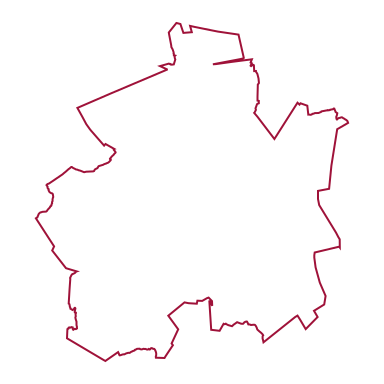 the district of San Pedro del Gallo, Durango, Mexico
{"feature_id": "50627088B85751357503772", "entity_name": "San Pedro del Gallo", "entity_type": "district", "adm_level": 2, "iso_a3": "MEX", "parent_name": "Mexico", "parent_adm1": "Durango", "projection": "robinson", "projection_center": [-104.46, 25.641], "detail": "fine", "context": "isolated", "style": "outline", "palette": "rose", "viewbox_px": 384, "rotation_deg": 0, "n_neighbors": 0, "source": "geoboundaries", "source_scale": "gbopen_adm2", "svg_char_len": 5813}
<svg xmlns="http://www.w3.org/2000/svg" viewBox="0 0 384 384"><path d="M35.9,218.3L54.1,246.4L52.2,250.5L66.0,268.2L76.7,271.4L76.1,271.6L75.2,272.7L74.8,273.0L73.3,273.8L72.3,274.1L71.4,275.2L70.5,277.1L70.2,277.6L70.1,278.2L70.3,278.8L69.6,288.6L68.7,303.6L69.3,304.0L69.5,304.5L69.7,305.6L69.7,305.9L69.8,306.2L69.8,306.5L69.9,307.0L70.2,307.3L70.4,308.2L70.4,308.7L71.7,309.4L72.2,309.8L72.6,310.0L73.8,309.2L74.3,308.3L74.6,307.9L74.9,307.8L75.2,308.0L75.4,308.5L74.7,311.7L74.7,312.1L74.9,312.5L75.2,312.7L75.9,312.7L76.0,312.9L76.0,313.0L75.6,313.7L75.6,313.9L75.6,315.1L75.7,315.6L75.8,316.1L75.7,316.5L75.4,317.2L75.4,317.7L75.7,319.2L76.5,321.7L76.5,325.0L76.6,325.6L76.9,326.5L76.9,327.4L77.0,328.1L77.0,328.4L76.8,328.6L75.9,329.1L75.7,329.1L75.2,329.0L74.9,328.8L74.7,328.8L74.1,329.2L73.3,329.8L73.1,329.7L73.0,329.3L72.8,329.1L72.7,328.8L72.7,328.6L72.8,327.8L72.7,327.4L72.4,327.4L71.9,327.2L71.4,327.1L71.2,327.2L70.8,327.5L70.6,327.6L69.2,327.4L68.6,327.7L68.6,328.5L68.2,328.8L67.7,328.9L67.4,329.1L67.0,338.3L105.3,361.0L118.1,352.1L118.4,352.7L118.9,353.7L119.1,354.6L119.2,354.8L119.6,355.3L119.9,355.3L120.5,355.2L122.5,354.5L123.4,354.3L124.0,354.4L124.5,354.3L125.6,353.7L126.4,353.3L127.0,353.2L127.9,352.9L128.9,352.8L129.4,352.9L129.8,352.8L130.4,352.4L130.9,352.0L131.6,351.6L132.1,351.5L132.9,351.0L133.8,350.8L134.6,350.4L134.8,349.9L135.2,349.7L135.6,349.7L136.7,349.0L137.1,348.8L138.1,348.8L139.0,348.7L139.4,348.7L139.8,348.8L140.0,349.1L140.7,349.3L141.4,349.4L142.2,349.3L143.4,348.8L144.6,349.0L145.1,348.9L145.9,349.1L147.1,349.6L148.2,349.4L148.8,348.9L149.0,349.0L149.3,349.4L149.5,349.5L149.8,349.5L150.3,349.2L150.9,348.3L151.7,348.1L152.3,348.3L153.2,348.9L153.7,348.8L154.2,348.9L154.6,349.3L155.1,350.0L155.8,351.7L156.2,353.2L156.2,353.9L156.2,354.3L156.2,354.6L156.2,355.2L155.8,356.5L155.9,357.7L164.5,358.0L165.7,356.0L172.9,345.2L171.6,343.5L178.2,329.3L168.3,315.7L184.5,302.4L188.6,303.2L196.8,303.7L197.4,300.7L202.2,300.9L207.1,298.1L208.6,297.6L212.0,301.1L212.2,305.8L209.3,300.5L211.2,329.8L219.6,330.8L223.6,323.8L224.4,324.2L224.7,324.2L225.3,324.0L225.8,323.7L226.2,324.1L228.2,325.1L232.0,326.2L232.8,325.5L233.6,324.6L233.9,324.5L237.1,322.2L241.1,323.7L242.4,323.8L243.2,323.7L244.4,322.3L245.1,321.9L246.3,321.5L247.0,321.6L247.6,322.7L248.0,323.5L248.1,323.9L248.3,324.4L248.9,324.5L249.5,324.4L250.1,324.6L250.9,325.0L254.0,324.7L254.9,324.9L255.5,325.5L256.0,326.3L256.7,327.6L257.1,329.0L257.5,329.7L259.5,331.5L261.1,332.8L262.5,334.2L263.2,335.3L262.7,336.0L262.6,336.5L262.6,337.6L262.6,338.7L263.0,339.9L263.5,342.3L295.2,317.0L297.5,315.6L300.0,319.5L305.7,329.1L317.6,317.0L314.0,310.8L324.2,304.5L325.6,296.0L319.8,282.6L315.6,267.4L314.3,257.6L314.3,255.2L314.7,252.5L339.1,246.7L339.8,247.6L339.7,239.3L338.4,237.2L336.0,232.6L319.2,205.1L318.0,199.0L318.0,190.9L329.1,188.8L331.4,165.6L337.2,129.2L348.1,122.9L347.9,122.3L347.6,121.5L347.3,120.9L347.0,120.6L346.0,119.8L345.2,119.4L344.3,118.7L343.4,118.3L342.6,117.7L341.9,117.3L341.1,117.4L340.1,117.8L339.0,118.0L338.2,118.3L337.8,118.6L337.3,119.3L337.0,119.5L336.5,118.9L336.5,118.4L336.3,118.0L336.3,117.4L336.3,116.6L336.8,115.6L337.3,113.2L335.6,112.0L335.4,111.4L334.6,109.4L334.4,108.9L334.3,108.6L333.8,108.5L333.4,108.8L333.1,109.2L330.3,109.7L330.2,109.9L329.8,109.9L329.3,110.2L328.9,110.3L327.9,110.1L327.7,110.4L327.4,110.4L327.2,110.3L321.4,111.4L321.1,111.9L320.8,112.1L320.4,112.2L319.5,112.6L318.5,113.0L314.9,113.1L314.1,113.4L313.7,113.7L312.4,113.8L312.0,114.3L311.3,114.6L310.8,114.8L309.7,114.7L308.9,114.5L308.3,114.6L307.3,105.7L300.5,103.3L299.5,104.6L297.5,102.7L274.4,139.0L257.5,116.8L254.2,112.9L254.6,112.5L255.9,109.9L255.8,109.2L255.6,108.8L255.5,108.3L255.7,107.8L256.1,106.8L257.0,104.2L257.6,103.8L258.8,103.3L258.8,100.9L257.5,100.6L257.5,96.7L257.8,85.5L257.8,84.6L258.9,83.1L258.9,82.5L258.5,78.4L257.4,74.0L257.0,73.3L255.9,71.6L255.9,71.0L254.2,71.1L253.9,65.3L253.5,64.9L253.1,64.8L252.8,64.9L251.1,66.1L250.6,65.7L250.8,65.2L251.8,63.3L251.2,63.0L250.6,62.6L251.9,59.3L231.7,61.9L215.9,64.1L212.9,64.3L239.8,59.2L242.9,58.5L243.8,57.9L238.5,34.6L218.0,31.6L210.9,30.2L195.0,27.0L190.1,25.9L191.8,32.2L183.4,32.9L180.4,24.0L176.4,23.0L168.8,32.5L169.1,34.3L171.2,45.3L171.4,47.2L172.6,49.3L173.5,51.9L173.8,53.6L173.6,53.8L174.1,55.0L174.0,55.3L175.2,55.6L174.5,56.4L174.9,58.5L175.3,59.4L173.8,64.4L171.7,64.7L170.6,64.1L170.4,64.4L168.9,63.6L160.0,66.1L166.9,69.3L166.9,69.7L110.7,93.5L77.4,107.9L82.5,117.1L86.3,124.2L89.8,129.1L91.0,130.6L104.1,145.6L105.5,144.0L114.2,148.9L113.9,149.0L113.7,149.4L113.7,149.7L115.3,151.7L115.6,152.3L115.6,152.5L115.3,152.9L114.3,153.8L113.9,154.5L113.2,155.2L112.6,155.7L111.5,156.8L110.7,157.9L110.0,158.6L109.9,158.9L110.0,159.1L110.3,159.3L110.7,159.4L110.8,159.6L110.8,159.8L110.7,160.2L109.0,162.0L107.9,162.8L106.7,163.2L106.0,163.6L105.4,163.7L105.0,163.9L104.3,164.1L103.1,164.8L98.8,166.1L98.5,166.3L97.4,168.2L96.6,168.5L95.0,169.4L94.5,170.1L94.1,171.0L93.1,171.4L88.3,171.6L86.3,171.7L84.1,172.2L80.4,170.7L80.0,170.6L79.5,170.4L78.7,170.3L77.5,169.7L75.8,169.4L74.7,168.7L73.3,168.1L71.8,167.0L71.3,167.0L71.1,167.1L69.4,168.6L68.7,169.0L65.7,171.7L63.7,173.3L62.6,174.3L48.9,183.6L47.9,183.9L47.3,184.2L46.5,185.1L47.6,186.7L47.5,187.6L47.7,188.2L47.9,188.6L48.5,188.9L48.7,189.4L48.6,190.4L49.4,191.9L49.7,192.2L50.7,192.9L51.3,193.2L52.2,193.4L52.7,193.9L52.9,194.5L53.2,196.6L53.2,197.2L52.9,197.8L52.6,199.1L52.5,200.2L52.6,200.8L52.4,201.5L52.0,202.1L52.1,203.5L51.5,204.3L51.4,205.5L51.1,205.9L50.9,206.1L50.6,206.1L50.2,206.5L50.1,206.8L49.9,207.4L49.5,207.8L47.8,209.6L46.7,211.2L46.0,211.6L42.7,211.8L42.2,211.9L41.2,212.3L40.4,212.4L40.1,212.6L39.2,213.4L38.7,214.0L38.3,214.9L38.1,215.7L37.7,216.3L37.4,217.3L35.9,218.3Z" fill="none" stroke="#9f1239" stroke-width="2"/></svg>